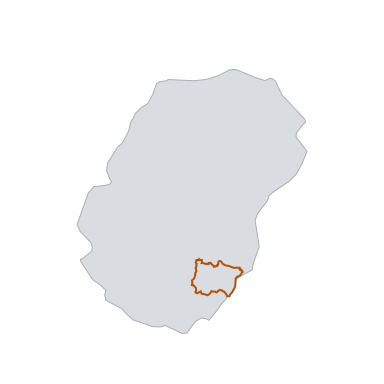 Bitola, Bitola, North Macedonia (highlighted), rotated 313°
{"feature_id": "65306769B29228652763838", "entity_name": "Bitola", "entity_type": "district", "adm_level": 2, "iso_a3": "MKD", "parent_name": "North Macedonia", "parent_adm1": "Bitola", "projection": "robinson", "projection_center": [21.305, 41.044], "detail": "fine", "context": "in_parent", "style": "outline", "palette": "amber", "viewbox_px": 384, "rotation_deg": 313, "n_neighbors": 0, "source": "geoboundaries", "source_scale": "gbopen_adm2", "svg_char_len": 2896}
<svg xmlns="http://www.w3.org/2000/svg" viewBox="0 0 384 384"><g transform="rotate(313 192 192)"><path d="M174.2,106.9L180.2,107.6L193.2,104.2L201.3,99.5L205.4,98.8L210.9,97.0L218.8,97.3L226.8,99.3L237.0,96.6L247.0,92.2L251.0,93.3L255.4,97.1L258.2,98.1L274.9,117.8L284.1,125.7L294.8,131.8L307.1,136.2L311.5,140.5L319.5,161.4L323.3,169.4L328.5,171.7L329.8,174.0L330.0,177.1L324.3,191.8L322.1,224.8L320.7,227.4L314.6,227.3L306.4,228.0L303.3,230.5L300.2,248.3L287.1,253.4L275.2,256.2L265.1,255.6L247.4,251.4L241.7,250.9L236.8,253.3L221.0,254.6L214.1,257.7L197.9,278.5L181.5,285.6L175.9,289.2L163.3,284.7L157.2,284.2L148.5,289.5L129.4,290.0L124.3,290.9L109.6,291.8L109.0,288.9L106.2,284.7L99.4,282.8L85.4,284.4L81.9,281.4L76.2,263.7L71.7,260.9L66.7,255.0L58.2,235.8L58.1,227.4L58.7,220.1L54.0,202.9L56.9,198.6L61.3,195.9L61.4,189.0L60.2,178.4L65.4,157.8L66.9,156.3L68.2,157.3L80.7,159.0L84.0,156.3L86.1,152.3L86.8,137.2L89.8,130.2L120.1,117.0L129.0,116.5L135.9,122.6L141.3,126.5L144.5,126.3L145.7,122.4L149.4,114.9L155.6,110.5L174.0,106.9L174.2,106.9Z" fill="#d9dde1" stroke="#a8b0b8" stroke-width="1"/><path d="M159.9,258.9L158.4,259.2L157.7,259.9L156.9,260.1L156.7,260.6L155.8,260.3L155.5,260.9L155.3,260.9L155.2,260.5L153.5,260.1L153.2,259.1L152.3,259.0L152.7,257.8L152.6,255.4L152.9,253.9L152.1,253.7L152.3,253.6L151.6,252.7L150.8,252.9L150.2,252.4L149.5,252.3L149.3,251.2L148.4,250.7L147.7,248.7L146.7,247.6L147.6,247.3L148.1,246.2L149.0,245.7L148.3,244.6L147.5,244.3L147.7,243.1L146.7,243.4L146.0,242.8L146.1,242.4L145.7,241.9L145.0,241.7L144.8,241.9L142.9,242.9L142.7,244.5L141.3,245.0L141.2,245.5L140.3,246.2L139.7,246.1L138.7,246.5L138.1,248.1L137.4,248.5L137.1,249.3L136.7,249.5L135.3,249.6L133.7,250.6L133.4,251.2L129.9,252.6L127.2,252.3L126.0,254.0L123.8,255.4L124.4,256.3L124.8,256.4L124.5,260.3L123.2,261.9L121.4,262.6L120.9,263.2L121.5,264.3L121.5,264.9L122.8,265.2L123.4,265.7L125.2,266.1L124.7,266.8L124.7,267.4L124.2,268.2L124.2,268.7L124.8,269.8L125.4,270.0L127.2,273.9L129.7,274.4L131.5,274.2L132.8,273.8L133.4,275.3L134.9,276.8L134.9,277.7L135.4,278.5L137.8,278.6L139.5,279.2L139.7,280.0L140.5,280.8L140.3,282.1L141.1,283.6L140.7,284.7L140.7,286.7L139.8,288.5L140.1,288.8L140.3,289.4L140.6,289.8L140.9,290.2L141.6,290.5L141.8,290.4L142.6,289.9L143.3,289.8L144.5,289.8L145.3,289.7L146.3,289.7L147.2,289.5L147.7,289.3L148.4,289.0L148.7,289.0L149.0,289.0L149.4,288.9L149.7,288.9L150.8,288.6L151.0,288.5L152.1,288.0L153.1,287.5L155.5,285.4L155.8,285.3L157.3,284.0L158.5,282.9L159.5,282.8L160.1,282.9L161.1,282.9L163.7,284.2L163.8,284.2L165.5,283.8L166.6,283.5L168.0,283.7L168.5,282.9L168.3,282.5L168.7,281.7L168.3,281.3L168.6,280.7L168.1,280.2L167.9,280.3L167.9,279.7L168.9,279.4L169.1,278.5L168.2,278.2L168.2,277.6L167.7,276.7L165.2,274.6L162.8,268.9L161.1,266.4L160.4,263.1L161.0,261.4L161.0,260.7L160.7,259.8L159.9,258.9Z" fill="none" stroke="#b45309" stroke-width="2"/></g></svg>